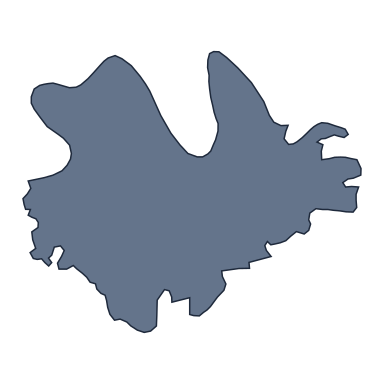 the district of Doutor Maurício Cardoso, Rio Grande do Sul, Brazil
{"feature_id": "56859067B86093452456643", "entity_name": "Doutor Maurício Cardoso", "entity_type": "district", "adm_level": 2, "iso_a3": "BRA", "parent_name": "Brazil", "parent_adm1": "Rio Grande do Sul", "projection": "natural_earth1", "projection_center": [-54.357, -27.488], "detail": "fine", "context": "isolated", "style": "filled", "palette": "slate", "viewbox_px": 384, "rotation_deg": 0, "n_neighbors": 0, "source": "geoboundaries", "source_scale": "gbopen_adm2", "svg_char_len": 2496}
<svg xmlns="http://www.w3.org/2000/svg" viewBox="0 0 384 384"><path d="M288.1,125.3L280.9,125.6L273.8,122.2L269.3,115.3L263.8,101.6L251.4,82.6L237.7,67.8L226.6,57.5L219.0,51.8L213.6,51.6L209.6,53.6L207.9,60.0L207.6,67.6L209.1,75.3L208.9,81.5L209.6,88.7L210.8,97.5L212.7,105.5L214.1,112.2L216.1,118.6L218.1,123.5L218.0,131.1L215.6,139.8L213.4,144.7L210.8,151.0L207.8,154.0L202.6,156.9L197.2,156.9L187.9,153.5L180.0,145.0L170.9,133.2L160.8,115.6L149.7,91.0L145.5,84.0L140.1,76.3L131.3,65.7L121.9,58.7L115.1,55.6L108.1,58.0L104.0,61.2L100.2,65.3L93.3,73.0L88.0,78.7L80.8,84.9L76.2,87.2L69.4,87.7L57.6,84.3L53.0,83.1L48.1,83.6L44.0,84.3L39.7,85.4L34.2,89.0L31.3,96.8L31.3,103.2L34.2,109.1L40.2,117.4L47.2,126.6L58.3,134.4L63.4,138.2L69.6,145.2L71.4,153.5L70.5,159.1L67.1,165.3L62.0,170.8L52.9,175.2L43.6,177.8L28.2,181.0L30.8,188.4L27.3,194.0L23.0,198.6L24.1,204.4L25.6,209.3L30.4,209.5L28.2,215.2L31.8,217.2L35.9,218.8L38.3,222.5L38.0,227.5L31.8,231.9L32.7,239.7L35.7,248.4L30.1,252.6L33.3,258.5L37.2,259.4L41.6,258.8L44.9,262.6L48.7,266.0L51.7,262.6L48.5,258.1L51.7,255.2L54.3,247.1L60.5,245.9L64.2,250.5L61.6,256.3L57.5,263.2L59.0,269.1L66.7,269.1L73.3,265.5L76.7,268.8L82.2,273.1L86.7,277.2L90.1,282.2L95.5,283.8L96.8,289.0L101.0,293.4L105.1,295.2L106.6,300.6L107.7,307.4L109.9,314.3L114.5,320.2L120.1,319.1L126.8,322.0L130.8,325.9L137.3,330.1L144.2,332.4L150.6,331.1L156.4,326.0L156.8,315.8L157.2,300.1L164.5,289.6L169.2,290.8L171.7,297.0L171.9,302.2L189.7,297.7L189.7,314.5L193.7,315.6L199.3,315.9L203.6,312.3L207.0,310.0L210.4,306.6L214.6,300.9L217.5,297.0L223.9,290.3L225.9,284.0L222.4,276.6L221.7,270.9L239.0,268.5L249.5,268.3L249.0,262.4L271.1,256.5L266.4,250.5L264.8,245.6L267.4,241.5L270.8,244.8L275.3,243.9L280.2,242.8L285.8,240.7L290.7,236.2L296.4,231.6L304.2,234.0L308.7,230.4L310.6,224.0L308.7,219.9L309.8,213.1L315.9,208.7L322.6,209.5L327.9,209.5L333.5,210.3L339.4,210.8L346.0,211.8L353.1,212.1L356.7,207.5L356.1,200.2L356.1,194.3L358.6,187.0L351.6,186.5L345.6,187.0L342.8,182.6L348.0,179.0L353.3,178.2L360.8,175.1L361.0,168.5L356.9,159.7L351.1,158.6L345.4,157.3L340.7,157.1L334.7,157.3L329.2,158.7L321.7,159.7L321.3,151.2L322.9,144.7L317.0,142.1L321.3,138.8L325.3,138.5L329.6,136.7L334.3,134.9L338.6,136.2L344.1,137.5L348.2,134.4L345.2,129.2L341.2,127.7L335.3,125.9L327.8,123.3L321.7,122.7L317.7,124.3L314.0,126.6L310.6,129.5L306.7,133.4L302.2,137.7L296.9,141.9L293.3,143.9L288.6,144.4L284.1,138.8L285.8,131.3L288.1,125.3Z" fill="#64748b" stroke="#1e293b" stroke-width="1.5"/></svg>